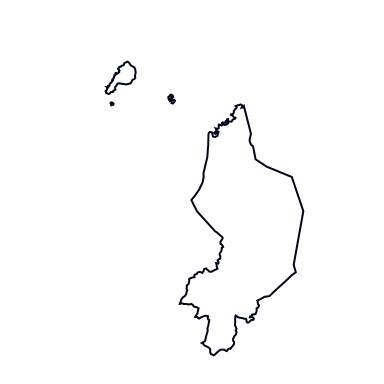 the district of Rompin, Pahang, Malaysia, rotated 227°
{"feature_id": "92858781B70055833536426", "entity_name": "Rompin", "entity_type": "district", "adm_level": 2, "iso_a3": "MYS", "parent_name": "Malaysia", "parent_adm1": "Pahang", "projection": "robinson", "projection_center": [103.679, 2.92], "detail": "fine", "context": "isolated", "style": "outline", "palette": "ink", "viewbox_px": 384, "rotation_deg": 227, "n_neighbors": 0, "source": "geoboundaries", "source_scale": "gbopen_adm2", "svg_char_len": 5986}
<svg xmlns="http://www.w3.org/2000/svg" viewBox="0 0 384 384"><g transform="rotate(227 192 192)"><path d="M51.9,109.0L52.4,111.2L52.2,112.1L51.8,112.9L51.1,113.3L51.5,114.5L51.5,116.1L52.2,119.1L53.7,120.6L55.1,120.6L55.9,121.2L56.8,122.3L57.0,123.3L57.7,124.2L57.7,126.1L58.1,127.5L59.2,129.0L61.1,129.6L61.7,131.3L63.8,132.1L65.3,132.5L66.8,134.1L67.9,135.5L69.3,136.4L70.4,138.0L71.5,138.7L71.8,139.7L70.7,140.1L69.3,140.2L67.1,141.4L66.0,142.4L63.6,143.9L62.5,145.0L61.4,144.6L60.2,143.6L59.0,143.5L58.4,143.6L57.9,144.7L58.0,146.9L57.9,148.2L57.3,148.9L56.6,150.0L57.3,150.9L59.0,151.0L59.7,150.4L60.9,148.9L61.4,149.8L60.7,150.6L60.8,151.5L61.4,152.3L60.8,153.4L59.7,154.4L59.6,155.8L61.0,158.3L61.8,158.9L62.9,160.0L62.5,161.3L62.6,162.3L63.6,163.8L64.5,163.7L65.7,164.3L67.2,165.4L68.0,165.7L66.3,171.5L66.0,173.4L64.9,175.0L63.6,176.8L63.0,178.2L63.2,183.8L63.1,191.6L63.0,197.1L63.0,202.6L63.1,208.3L62.5,213.2L69.4,216.7L102.1,260.4L134.9,275.2L159.6,263.9L172.5,260.8L183.8,267.8L186.1,267.5L188.7,268.2L189.5,268.7L191.1,269.9L194.2,274.7L219.5,288.6L219.2,286.8L219.8,285.7L220.5,287.3L221.1,287.7L221.7,287.7L222.8,287.3L223.2,286.6L223.4,285.7L224.3,284.6L225.0,282.5L224.1,282.6L223.4,282.4L223.1,281.5L223.2,280.4L222.9,278.6L222.5,277.6L221.7,276.9L221.2,276.0L221.2,275.0L221.5,274.3L222.1,273.5L221.9,273.1L221.0,273.4L220.1,273.9L218.3,273.6L217.4,274.1L216.6,274.4L216.2,273.8L217.2,270.9L216.6,269.9L216.6,268.9L217.2,268.2L217.9,267.5L220.0,266.2L220.2,267.6L220.7,268.1L221.2,267.6L220.9,266.5L220.5,265.7L220.8,264.7L220.6,264.1L219.9,263.7L219.3,264.1L219.0,265.4L218.4,266.0L217.5,265.3L217.7,263.6L217.9,262.7L218.7,261.7L219.5,261.4L220.6,261.8L221.6,262.1L222.1,261.7L222.1,260.9L221.7,260.5L221.1,260.4L220.2,260.0L220.3,259.4L220.6,258.9L222.9,257.8L222.8,257.1L222.0,256.6L220.5,255.1L220.7,253.7L222.3,252.7L221.4,252.5L220.2,251.6L220.1,250.3L220.1,248.9L219.2,248.5L218.6,248.7L218.5,249.8L218.9,250.9L218.7,252.2L217.9,252.4L215.7,248.7L216.4,246.8L217.3,245.7L218.4,245.3L219.5,245.8L221.2,247.1L221.9,247.2L223.9,245.9L223.2,243.6L215.4,236.0L207.0,226.9L197.9,213.2L194.9,210.6L191.7,206.1L188.9,198.9L187.4,192.0L186.5,186.0L174.4,182.5L147.7,182.1L145.2,182.7L142.8,182.9L139.4,183.3L137.8,183.3L137.0,182.4L136.1,178.7L134.7,177.5L133.8,177.8L132.1,177.8L130.5,177.2L130.9,175.7L129.9,174.7L128.7,173.1L128.3,170.6L127.2,169.4L125.2,168.6L124.1,167.2L124.7,165.1L124.4,163.9L122.4,163.5L121.8,162.4L123.5,161.1L122.2,160.5L120.7,159.3L118.6,158.4L118.9,156.9L119.9,153.9L120.5,151.6L121.8,150.5L126.5,150.1L127.4,148.5L126.2,146.3L125.8,144.3L128.0,143.5L129.0,141.9L129.3,141.1L128.8,139.6L129.7,137.8L129.5,136.8L128.0,135.7L129.2,133.9L130.0,132.1L130.3,130.6L129.3,129.8L128.1,128.4L127.1,126.9L127.2,124.5L125.8,123.1L125.0,122.1L123.1,121.4L123.0,120.4L121.3,118.1L120.7,115.8L121.2,113.4L120.7,111.1L118.5,106.8L117.0,109.1L115.7,109.6L113.5,111.9L112.0,112.9L111.2,114.0L110.6,115.2L108.6,115.6L107.2,115.2L105.6,116.0L104.7,116.8L102.5,117.5L99.4,113.1L98.9,110.3L98.4,109.2L97.0,110.7L95.2,110.5L94.4,111.2L94.5,112.0L93.1,115.9L92.2,117.7L90.2,119.0L88.9,117.3L87.5,116.9L86.5,117.3L82.5,111.8L81.8,110.3L80.2,109.2L79.4,108.3L77.3,104.6L74.1,99.9L74.8,96.2L73.5,96.7L71.2,96.4L70.0,97.0L67.0,98.1L64.8,98.2L62.4,96.1L60.8,95.4L59.2,96.0L57.8,96.4L57.5,97.9L57.6,100.1L57.4,104.4L57.0,105.6L55.8,106.8L54.9,107.9L53.2,108.3L51.9,109.0ZM324.1,197.7L323.7,197.4L323.5,197.0L323.0,196.8L322.5,197.0L322.0,197.3L320.7,197.7L320.2,198.5L320.1,198.9L320.1,199.3L320.4,200.2L320.4,200.7L320.2,201.2L319.6,201.7L319.1,202.2L319.0,202.7L319.0,202.9L319.7,203.5L319.8,203.7L319.5,204.0L319.3,204.9L319.1,205.4L319.2,205.9L320.4,206.6L321.0,207.2L321.2,207.6L321.2,208.9L321.8,210.1L321.8,210.6L322.0,211.2L321.8,212.1L320.7,213.2L318.9,214.5L317.7,215.7L315.5,217.2L315.0,218.3L314.3,219.3L313.9,220.3L313.5,220.9L313.4,221.5L313.5,222.2L314.3,224.0L314.5,224.8L314.4,225.6L313.9,226.9L314.2,228.2L314.4,228.6L315.6,229.2L316.0,229.7L317.7,232.2L319.7,233.7L320.7,234.2L321.5,234.6L322.3,234.8L323.8,234.4L325.7,233.7L327.2,233.7L328.6,234.0L329.5,234.1L330.8,233.9L331.3,233.7L331.6,233.2L331.7,232.5L332.3,230.7L332.4,230.2L331.6,229.2L331.4,228.6L331.6,227.9L332.4,226.6L332.4,226.1L332.2,225.5L332.4,225.0L332.8,224.5L332.9,223.9L332.8,223.4L332.4,222.8L332.2,222.2L332.4,222.0L331.9,221.8L330.6,221.8L330.7,221.3L330.3,220.9L329.9,221.1L329.4,220.6L329.3,219.4L329.5,218.2L329.7,217.7L330.1,217.5L330.6,217.8L331.0,217.6L331.1,217.1L330.8,216.7L330.1,216.4L329.9,215.3L330.3,215.0L330.1,214.6L329.6,214.4L329.0,212.6L328.7,212.5L328.4,211.8L328.5,211.0L328.1,210.9L327.7,210.7L327.6,210.2L328.2,210.1L328.3,209.9L327.4,208.9L327.1,207.9L327.2,206.9L327.1,205.9L327.0,205.6L326.9,205.2L326.4,204.6L326.2,204.0L326.0,203.9L326.1,203.3L326.3,203.3L326.5,203.2L326.8,203.0L326.7,202.7L325.8,202.3L325.7,202.2L325.8,202.0L325.6,201.8L325.6,201.6L326.2,201.5L326.7,201.1L326.4,201.1L325.9,200.9L325.8,200.7L325.4,200.4L325.0,199.9L324.6,198.8L324.9,198.0L324.6,197.6L324.4,197.7L324.1,197.7ZM273.9,237.9L273.7,237.8L273.5,238.6L274.4,241.5L274.4,242.4L274.3,243.1L274.9,243.3L275.0,243.5L275.4,243.5L275.3,242.9L275.4,242.7L275.0,241.7L275.3,241.4L275.5,241.5L276.4,243.3L277.0,243.5L277.5,243.1L277.9,242.3L277.3,239.8L277.6,239.4L277.5,239.2L276.4,238.6L276.3,238.9L276.1,239.0L275.5,239.1L275.4,238.9L275.5,238.7L275.4,238.4L274.7,238.0L274.3,238.3L273.9,238.4L273.9,237.9ZM271.7,238.5L271.1,237.7L270.5,238.0L270.1,238.5L269.8,238.5L269.9,239.3L269.8,239.5L269.8,240.6L270.5,241.8L270.9,241.5L271.5,241.8L272.1,240.7L272.7,240.8L272.6,239.6L272.3,239.2L272.6,238.8L272.4,238.5L271.7,238.5ZM311.7,193.3L311.2,193.1L311.0,192.7L311.0,192.4L310.8,192.2L310.3,192.2L310.2,192.5L310.3,192.6L310.6,193.0L311.0,193.2L311.0,193.5L310.9,193.9L309.7,194.0L309.8,194.5L310.5,195.0L311.3,194.6L311.8,194.6L312.2,194.3L312.2,194.0L312.6,193.9L312.8,193.5L312.4,192.9L312.1,193.0L311.7,193.3Z" fill="none" stroke="#020617" stroke-width="2"/></g></svg>